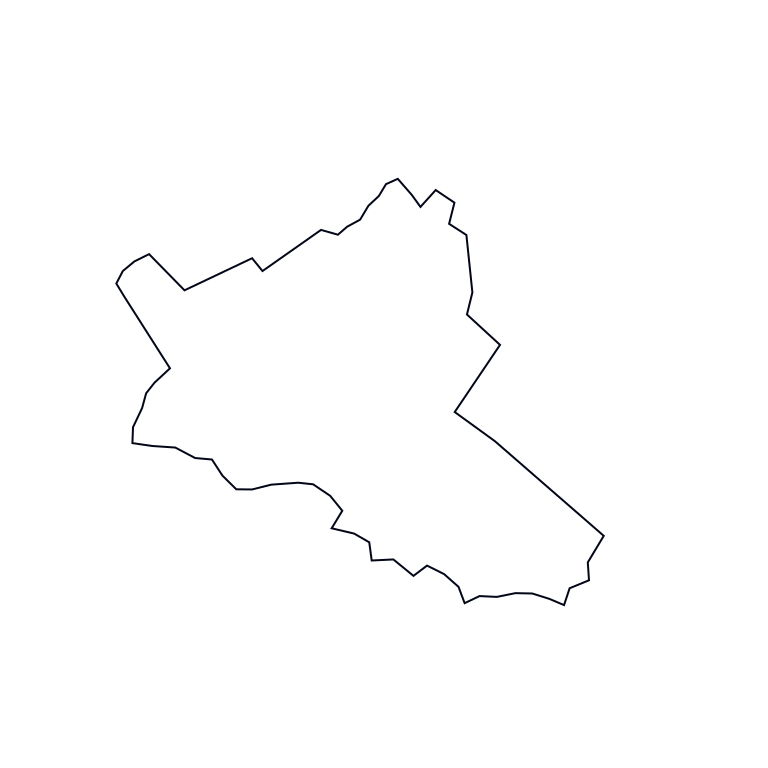 the district of Cunhataí, Santa Catarina, Brazil, rotated 304°
{"feature_id": "56859067B30520652390204", "entity_name": "Cunhataí", "entity_type": "district", "adm_level": 2, "iso_a3": "BRA", "parent_name": "Brazil", "parent_adm1": "Santa Catarina", "projection": "equal_earth", "projection_center": [-53.105, -26.977], "detail": "fine", "context": "isolated", "style": "outline", "palette": "ink", "viewbox_px": 768, "rotation_deg": 304, "n_neighbors": 0, "source": "geoboundaries", "source_scale": "gbopen_adm2", "svg_char_len": 958}
<svg xmlns="http://www.w3.org/2000/svg" viewBox="0 0 768 768"><g transform="rotate(304 384 384)"><path d="M194.3,208.5L203.0,226.5L214.6,246.5L217.0,268.8L225.2,283.6L217.7,301.3L214.1,320.4L222.8,333.6L237.5,346.8L254.2,368.1L261.2,381.3L261.2,401.9L255.6,420.3L235.1,421.3L243.3,442.9L244.5,460.3L230.8,472.5L243.8,489.9L241.4,515.7L257.5,521.2L260.0,540.2L257.5,559.2L247.4,573.4L261.6,581.8L270.6,596.6L284.1,609.9L293.2,624.0L298.3,641.1L301.4,656.9L318.5,652.1L335.9,663.7L350.1,652.7L381.0,651.1L398.6,508.0L400.3,458.3L481.3,458.3L488.0,413.9L509.3,406.1L553.6,369.0L553.2,348.4L573.7,341.0L573.7,318.4L551.2,315.2L556.3,301.3L561.8,280.7L550.8,273.9L537.0,274.6L523.0,271.4L506.9,272.3L493.8,265.5L482.0,262.3L476.5,245.6L409.7,220.1L414.5,204.3L350.1,166.2L360.3,116.6L346.0,108.5L331.6,104.3L317.6,105.9L311.1,120.1L277.3,197.8L256.8,193.0L243.3,192.0L228.8,196.9L207.8,200.1L194.3,208.5Z" fill="none" stroke="#020617" stroke-width="2"/></g></svg>